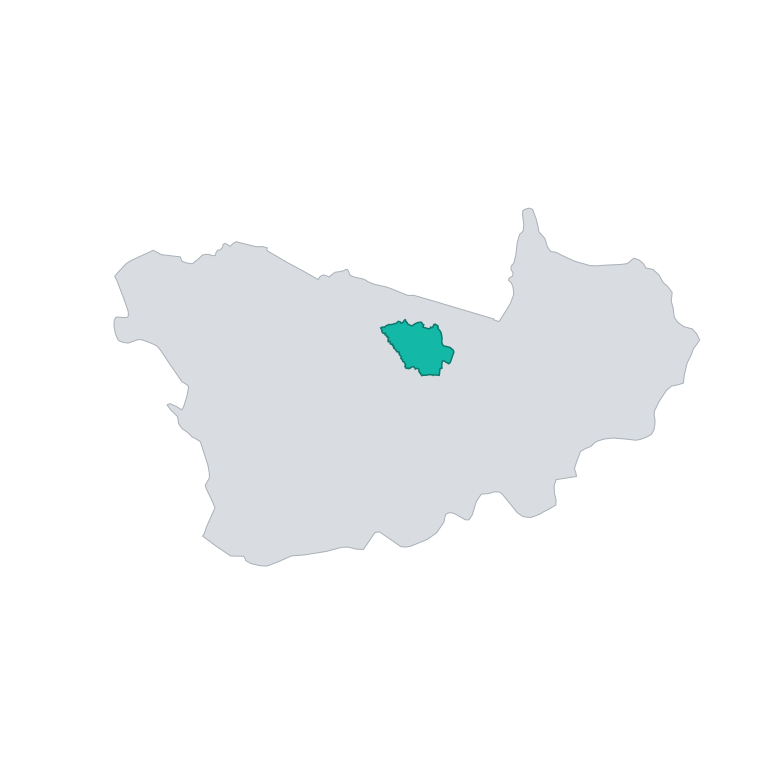 location of Ziro, Ziro, Burkina Faso, rotated 197°
{"feature_id": "67063806B63771125198412", "entity_name": "Ziro", "entity_type": "district", "adm_level": 2, "iso_a3": "BFA", "parent_name": "Burkina Faso", "parent_adm1": "Ziro", "projection": "orthographic", "projection_center": [-1.788, 11.64], "detail": "fine", "context": "in_parent", "style": "filled", "palette": "teal", "viewbox_px": 768, "rotation_deg": 197, "n_neighbors": 0, "source": "geoboundaries", "source_scale": "gbopen_adm2", "svg_char_len": 8662}
<svg xmlns="http://www.w3.org/2000/svg" viewBox="0 0 768 768"><g transform="rotate(197 384 384)"><path d="M565.2,476.9L546.4,477.9L539.6,480.0L535.5,480.0L535.3,478.3L534.8,477.3L511.0,471.7L494.3,468.4L477.4,464.6L476.5,468.2L474.1,470.5L470.4,470.7L467.9,470.2L466.2,472.9L463.4,476.6L459.5,478.4L455.7,480.6L453.6,482.6L452.0,482.6L448.1,478.0L443.0,477.6L433.4,478.4L429.1,477.1L423.2,476.5L409.3,477.5L387.0,475.7L383.4,476.7L382.4,477.5L360.4,477.8L336.1,478.0L315.9,478.1L298.1,478.3L298.1,477.5L292.4,477.3L291.8,478.9L286.7,497.5L286.1,507.6L288.7,513.9L291.7,517.9L295.1,519.5L295.4,521.8L292.7,524.7L292.9,527.7L296.1,530.8L296.9,534.0L295.2,537.4L295.6,545.5L298.0,558.5L298.0,566.9L295.7,570.7L296.8,577.2L301.1,586.5L301.9,590.4L300.3,592.2L296.7,594.6L293.0,594.5L288.7,588.9L286.8,586.4L283.4,580.7L280.5,575.0L276.5,572.5L272.6,570.1L267.8,562.9L263.2,559.4L258.4,560.3L251.3,559.0L237.0,557.1L221.6,557.5L215.2,559.1L208.9,561.7L192.9,567.4L186.6,570.2L181.8,577.4L176.3,577.2L170.9,574.8L167.5,571.5L160.3,572.2L153.2,568.9L146.5,562.5L141.5,560.4L135.2,555.8L133.5,547.1L129.5,540.9L125.9,532.5L120.4,528.6L114.0,526.5L105.3,526.8L99.5,523.3L95.0,518.3L96.3,514.1L98.4,508.0L98.7,502.1L100.2,492.7L99.5,480.7L98.0,472.4L102.9,469.0L108.5,466.0L112.1,460.4L115.8,447.8L117.5,436.9L116.4,432.8L114.6,429.6L113.2,424.9L112.4,419.1L113.5,414.1L117.8,409.5L123.1,405.7L126.9,403.8L136.9,402.0L149.3,399.3L156.6,396.1L161.8,392.8L164.8,390.3L167.8,385.0L172.7,380.9L176.4,376.8L177.1,365.2L177.1,358.6L174.4,354.9L172.9,351.8L191.4,342.9L191.6,336.5L189.1,329.4L185.6,323.6L184.3,318.6L189.4,312.8L194.0,308.5L197.3,304.8L204.6,299.2L212.1,297.8L218.9,299.9L238.9,313.4L242.4,314.3L246.6,313.3L251.9,309.8L258.8,307.1L261.4,298.2L261.3,285.0L262.9,279.0L266.5,277.9L278.1,280.5L281.1,280.7L284.4,279.8L286.9,277.5L286.8,273.3L286.3,269.5L290.1,257.3L297.0,248.2L310.9,236.8L315.3,234.5L320.3,233.4L345.1,241.3L349.2,239.3L355.3,219.8L362.0,218.0L370.1,217.6L375.3,216.0L378.1,214.6L389.9,207.2L410.6,197.1L421.8,192.8L424.0,191.1L432.0,184.0L442.6,175.7L449.3,174.0L458.7,173.4L464.6,174.7L466.2,177.0L468.1,178.2L480.3,174.7L497.9,180.1L513.0,185.5L512.1,188.9L512.0,195.1L510.9,204.7L509.4,216.3L515.8,223.8L523.3,231.8L525.4,234.9L523.5,242.9L524.9,247.6L528.9,255.3L535.8,265.1L542.8,275.2L547.6,276.5L552.2,277.3L555.0,279.0L559.1,280.8L563.1,281.9L566.6,284.1L568.9,286.2L571.9,292.5L579.8,296.5L585.3,300.5L583.1,302.6L576.3,301.9L569.9,300.2L569.0,303.2L568.9,314.7L570.0,324.2L571.6,325.5L578.0,327.2L593.5,339.4L607.6,351.0L612.3,354.0L620.0,355.1L628.7,355.5L632.4,354.4L640.6,348.3L645.1,347.6L649.2,347.7L651.4,348.6L655.5,353.4L659.3,360.7L660.5,366.0L660.2,368.9L658.9,370.0L652.1,371.5L649.1,372.7L648.4,374.3L649.5,377.9L650.9,380.2L658.6,390.6L669.6,404.7L673.0,408.3L671.2,412.5L665.8,423.7L661.7,428.4L643.7,444.4L634.7,442.6L616.0,446.0L613.1,442.4L608.8,442.0L603.3,442.7L601.4,444.1L600.8,445.7L598.9,447.8L595.5,454.1L592.8,455.7L589.5,456.7L585.4,456.6L583.0,457.5L583.0,460.6L582.3,463.3L579.5,464.6L578.4,467.7L578.6,470.6L577.0,472.0L573.5,471.3L571.4,470.5L569.4,474.3L567.0,476.9L565.2,476.9Z" fill="#d9dde1" stroke="#a8b0b8" stroke-width="1"/><path d="M333.8,408.4L334.0,410.2L334.6,413.1L334.6,413.8L335.0,415.2L334.9,415.4L334.6,415.5L334.2,415.6L333.6,415.7L333.3,415.8L333.2,415.9L333.2,416.2L333.8,417.4L334.0,418.0L334.6,420.2L334.8,421.6L334.6,423.1L334.4,423.5L334.0,423.7L333.8,423.7L332.0,423.3L331.6,423.0L330.7,422.9L330.3,422.8L330.0,422.9L329.2,422.7L328.9,422.5L328.6,422.3L328.3,422.2L328.0,422.3L327.8,422.7L327.7,422.8L327.3,423.4L327.1,423.6L326.9,424.9L326.8,427.4L326.8,428.1L326.7,429.5L326.8,430.5L326.5,433.6L326.6,434.8L326.7,435.2L326.9,435.6L327.1,435.9L327.4,436.3L327.8,436.6L328.6,437.0L329.6,437.4L330.5,437.9L331.2,438.1L331.5,438.2L333.9,438.2L334.3,438.2L335.5,438.1L337.2,437.9L338.1,437.9L338.6,438.1L339.2,438.7L339.5,438.8L340.6,440.2L340.9,440.7L341.1,441.2L341.8,444.3L342.0,444.9L343.0,447.0L343.7,448.5L344.4,449.6L345.4,450.7L345.8,451.1L346.3,451.4L347.4,452.2L349.0,453.0L349.0,453.3L348.7,453.5L348.7,453.8L348.8,454.0L349.1,454.2L349.4,454.2L349.5,454.2L349.5,454.5L349.4,454.6L349.3,455.2L349.5,455.4L349.8,455.3L350.0,455.5L350.3,455.5L350.5,455.7L351.2,455.8L351.7,455.8L352.4,456.2L352.5,456.2L352.7,455.9L352.8,455.8L353.1,455.4L353.1,455.8L353.5,455.7L353.7,455.3L353.9,453.5L354.0,453.3L354.0,452.9L354.1,452.7L354.3,452.2L354.6,451.9L354.8,451.8L355.1,452.0L355.9,452.1L356.0,451.2L356.2,450.9L356.9,450.3L357.0,450.0L357.5,449.8L357.8,449.8L358.4,449.8L359.6,449.8L360.6,449.8L363.3,449.7L363.2,450.2L363.4,450.7L363.5,451.0L363.3,451.7L363.2,452.2L363.5,452.3L364.0,452.4L364.5,452.6L365.0,452.8L365.5,453.4L366.0,453.8L366.5,454.0L366.9,453.9L367.9,453.4L368.9,453.0L369.7,452.6L370.5,452.0L371.5,451.0L372.3,450.3L373.2,449.1L373.9,448.2L374.3,447.9L374.7,447.7L375.1,447.7L377.0,448.0L378.9,448.4L379.2,448.5L379.4,449.0L379.7,449.2L379.8,449.5L380.1,449.6L380.4,449.8L380.8,449.8L381.0,450.1L381.3,450.1L381.5,450.3L381.6,450.5L382.0,451.3L382.2,451.5L382.6,451.7L383.2,450.9L383.4,450.4L383.7,449.0L384.0,448.5L384.2,448.3L384.3,448.1L384.4,447.9L384.6,447.9L384.7,447.7L385.1,447.5L385.9,447.2L386.4,448.0L386.7,448.1L388.1,448.2L388.4,448.1L388.7,448.0L389.1,447.5L389.4,446.9L389.9,445.8L390.3,445.4L390.6,445.2L391.0,445.0L391.8,444.8L392.2,444.2L392.8,443.8L393.9,443.3L394.5,442.9L395.1,442.6L396.0,442.5L396.5,442.4L396.8,442.2L397.1,441.8L397.3,441.4L397.5,441.3L397.6,441.2L397.9,441.3L398.1,441.2L398.4,440.8L399.0,440.3L399.4,439.6L399.6,439.3L400.0,438.9L400.2,438.3L400.4,438.0L400.7,438.0L401.0,438.0L401.4,438.2L401.8,438.2L402.0,438.2L402.5,437.8L403.6,436.6L403.4,436.4L403.2,436.4L402.7,436.1L402.4,435.8L402.4,435.5L402.2,435.3L402.2,435.2L401.6,434.7L401.7,434.3L401.6,434.2L401.5,433.8L400.9,433.2L400.6,433.0L400.5,432.8L400.4,432.5L400.2,432.4L399.9,432.4L399.7,432.5L399.4,432.4L399.1,432.5L398.8,432.4L398.6,432.5L398.3,432.4L397.8,432.7L397.5,432.9L397.5,432.7L397.4,432.4L397.3,431.8L397.4,431.5L397.4,431.4L396.9,431.4L396.3,431.5L395.9,431.3L395.6,431.0L395.3,431.0L395.2,430.9L395.2,430.6L395.4,430.3L395.2,430.1L394.7,430.2L394.2,430.1L394.3,429.7L394.2,429.6L393.9,429.5L393.7,429.5L393.3,429.5L393.0,429.4L392.9,429.3L392.9,428.7L393.1,428.2L393.1,427.7L393.1,427.3L392.9,427.1L392.6,426.9L392.6,426.7L392.7,426.1L392.4,425.8L392.3,425.7L392.2,425.9L392.0,426.1L391.9,426.1L391.5,426.1L391.0,426.2L390.8,426.4L390.5,426.5L390.4,426.4L390.3,426.2L390.1,425.4L389.9,425.2L390.1,424.7L389.7,424.2L389.3,424.1L389.2,424.1L388.6,424.3L388.2,424.3L388.1,424.1L387.9,424.1L387.7,424.2L387.5,424.5L387.4,424.4L387.2,424.2L387.0,423.7L386.9,423.4L387.0,423.2L386.9,423.1L386.7,423.1L386.1,423.2L385.9,423.2L385.7,423.1L385.6,422.9L385.2,422.5L385.2,422.3L385.3,421.8L385.5,421.7L385.2,421.2L383.9,420.7L382.8,420.4L382.7,420.3L382.7,420.1L382.4,419.8L382.4,419.6L382.1,419.4L381.9,419.3L381.7,419.1L381.2,419.1L381.1,418.6L380.9,418.5L380.7,418.5L380.2,418.9L379.5,419.1L379.2,419.1L378.9,418.9L378.6,418.8L378.5,418.4L378.8,418.1L378.7,417.9L378.4,417.6L378.5,417.5L378.1,417.1L378.0,416.8L377.7,416.5L377.7,416.4L377.4,416.2L377.0,416.2L376.7,415.9L376.4,415.8L376.2,415.7L375.8,415.5L375.7,415.4L375.4,415.0L375.4,414.9L375.5,414.3L375.5,414.2L375.3,413.9L375.1,413.7L375.2,413.4L374.9,413.4L374.7,413.3L374.3,412.9L374.1,412.9L374.0,412.7L373.7,412.7L373.3,412.3L373.3,412.1L372.9,411.6L372.8,411.2L372.6,411.1L372.3,411.2L372.1,411.2L371.8,411.1L371.3,410.8L370.6,410.2L370.0,409.9L369.7,409.5L369.6,409.1L369.2,408.9L369.0,408.6L368.9,408.5L368.9,408.2L368.8,407.9L369.1,407.5L369.0,407.3L368.8,406.9L369.1,406.9L369.1,406.7L368.8,406.6L368.6,406.4L368.3,406.3L368.0,406.1L367.8,406.0L367.8,405.7L367.7,405.6L367.0,405.8L366.5,405.6L366.2,405.7L365.9,406.0L365.7,406.1L365.2,406.0L365.0,405.9L364.6,405.9L364.5,406.0L364.5,406.6L364.4,406.7L364.3,406.8L363.3,407.0L363.2,407.1L363.1,407.3L362.9,407.7L362.3,408.5L361.4,409.1L361.2,409.1L360.7,409.1L359.8,408.7L359.1,408.1L358.8,407.9L358.4,407.4L358.2,407.5L358.1,407.8L357.9,408.1L356.7,408.6L355.7,408.5L355.3,408.5L354.9,408.2L354.6,407.9L354.5,407.5L354.5,407.1L354.5,406.9L354.3,406.6L354.3,406.3L354.2,406.1L354.0,405.9L353.6,405.7L353.3,405.4L353.2,405.4L353.2,405.1L352.4,405.0L352.1,404.8L351.8,404.4L351.7,404.2L351.0,403.5L350.7,403.3L350.3,403.3L350.1,403.1L349.7,403.8L349.2,403.8L348.5,404.0L346.6,404.7L346.3,404.7L345.8,404.9L345.0,405.3L344.3,406.0L344.0,406.0L343.3,406.2L342.6,406.3L341.3,406.8L340.8,406.7L339.9,406.8L339.5,406.6L339.4,406.9L338.8,407.3L338.4,407.5L334.5,408.3L333.8,408.4Z" fill="#14b8a6" stroke="#0f766e" stroke-width="1.5"/></g></svg>